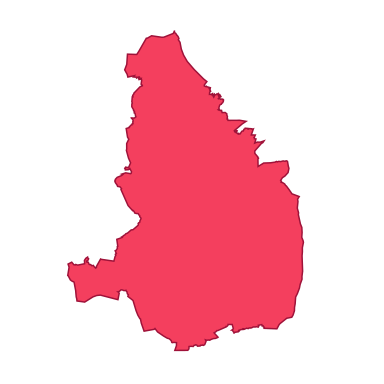 San Miguel de Allende, Guanajuato, Mexico, rotated 95°
{"feature_id": "50627088B14909927143163", "entity_name": "San Miguel de Allende", "entity_type": "district", "adm_level": 2, "iso_a3": "MEX", "parent_name": "Mexico", "parent_adm1": "Guanajuato", "projection": "robinson", "projection_center": [-100.76, 20.913], "detail": "fine", "context": "isolated", "style": "filled", "palette": "rose", "viewbox_px": 384, "rotation_deg": 95, "n_neighbors": 0, "source": "geoboundaries", "source_scale": "gbopen_adm2", "svg_char_len": 6029}
<svg xmlns="http://www.w3.org/2000/svg" viewBox="0 0 384 384"><g transform="rotate(95 192 192)"><path d="M274.6,309.2L277.6,307.9L286.0,308.5L286.3,308.0L290.2,305.5L291.5,303.3L291.7,302.1L292.2,301.6L300.3,299.3L306.6,298.2L308.5,297.5L310.6,297.1L311.0,289.3L305.1,281.5L303.4,277.9L302.7,274.3L305.7,256.4L299.3,255.7L298.2,256.4L297.9,257.0L297.6,256.0L295.6,254.1L295.7,252.6L296.2,251.1L295.7,249.2L296.3,249.1L296.9,248.2L299.1,247.5L299.8,246.5L301.6,246.8L305.2,241.3L315.0,237.4L319.4,235.2L322.7,232.9L322.9,232.3L327.0,231.1L334.8,227.6L332.1,217.7L331.2,217.0L334.4,214.1L338.0,207.7L339.8,203.9L340.2,201.8L341.9,199.7L343.6,199.0L343.8,198.6L343.4,196.9L343.4,194.3L346.4,194.1L351.3,195.3L350.1,182.4L348.6,181.4L346.2,181.5L345.8,179.3L345.8,177.3L344.5,176.5L344.4,175.7L343.9,175.1L344.1,173.9L345.1,173.1L344.7,170.5L344.0,170.2L343.8,168.6L343.5,168.2L343.8,167.2L342.9,166.0L339.6,165.0L338.1,165.7L338.4,164.5L338.0,162.5L338.1,161.3L337.6,160.9L336.2,158.0L335.8,155.8L334.7,153.7L334.4,153.4L330.4,157.7L329.0,155.9L327.9,155.2L327.9,154.4L323.4,146.2L323.0,146.3L322.9,145.6L322.3,145.0L321.1,144.3L320.8,144.4L320.5,140.4L324.3,139.0L325.2,139.3L326.1,140.3L326.1,139.8L327.8,138.5L328.0,138.1L328.8,137.9L328.7,137.5L328.0,137.0L327.2,133.6L326.5,133.0L326.4,133.6L325.8,133.5L324.7,131.1L324.7,130.1L323.7,129.4L323.7,128.9L324.4,129.1L324.4,128.4L322.9,125.6L323.2,124.1L322.4,123.2L322.5,122.1L322.1,121.5L322.2,120.9L321.1,119.2L320.9,116.9L320.6,116.4L320.8,114.2L319.7,113.8L319.0,114.3L318.0,110.9L319.3,110.5L319.1,109.5L320.2,109.1L320.4,108.3L321.5,108.3L320.9,95.5L316.4,93.6L315.3,92.7L309.5,86.6L308.1,81.7L305.8,80.6L301.4,79.6L297.9,79.8L294.4,79.5L287.6,79.6L284.1,78.2L278.4,76.6L274.6,76.2L269.3,74.8L266.4,75.1L261.3,74.9L246.0,76.8L242.0,76.8L237.9,77.2L232.4,76.6L230.8,77.1L227.6,78.7L222.7,78.8L217.7,79.5L214.4,81.2L205.2,84.1L203.5,84.0L198.9,85.7L192.3,85.6L189.9,86.2L187.2,84.8L185.1,92.3L181.3,95.4L177.8,98.5L177.3,99.4L175.9,100.4L174.9,102.3L174.5,104.1L173.6,103.8L172.8,104.7L169.9,103.2L168.0,100.8L164.3,98.0L160.0,97.5L157.9,98.3L153.3,99.5L152.7,100.3L152.9,101.4L153.3,101.9L153.1,103.9L154.0,106.4L153.9,108.2L154.6,109.7L154.2,110.6L155.0,111.8L156.1,116.5L156.9,123.1L160.8,128.4L153.5,129.2L152.5,128.7L151.8,129.5L151.4,129.4L148.0,132.8L145.6,133.0L137.7,127.2L136.6,125.7L134.8,124.7L136.4,128.4L136.6,131.4L137.8,133.8L133.6,132.9L133.5,134.5L132.8,134.5L132.2,135.0L131.8,134.6L129.7,133.9L130.0,137.9L123.9,136.4L124.3,137.2L124.2,137.7L123.8,137.8L123.8,140.2L124.0,141.0L124.4,141.2L124.3,141.9L123.8,141.8L123.8,144.6L124.5,144.8L125.0,145.7L126.7,146.2L126.9,147.3L127.4,147.8L129.9,149.1L130.3,150.6L130.3,150.9L129.5,150.8L129.6,151.9L129.1,153.1L127.1,152.4L127.0,152.9L127.8,153.2L127.5,154.3L128.5,154.1L128.3,154.7L127.2,155.2L119.8,147.9L116.9,144.3L116.4,150.5L117.5,162.4L115.6,163.1L115.8,163.4L113.5,163.3L112.5,164.0L111.1,164.1L109.9,165.9L110.3,168.9L108.1,169.7L108.4,170.8L108.2,171.5L107.7,171.6L107.6,172.3L108.0,172.6L107.8,173.0L107.3,172.0L107.3,172.6L106.3,172.3L106.0,172.6L103.1,172.0L102.4,171.3L102.0,170.4L101.2,170.2L100.5,169.3L99.1,168.7L97.5,168.6L97.1,168.9L97.3,169.5L96.7,170.1L97.1,171.7L96.4,172.6L96.9,173.6L96.8,173.8L96.3,173.2L95.5,173.3L95.5,172.8L94.6,171.6L93.4,173.2L93.9,173.5L94.0,173.9L93.0,174.4L93.2,172.4L92.5,172.9L92.2,174.0L91.8,174.3L92.5,174.5L92.0,175.6L93.1,176.8L93.2,177.8L92.4,178.3L93.1,179.0L94.3,178.9L94.5,178.2L95.6,178.6L93.4,180.1L92.2,180.2L92.6,180.8L93.4,181.2L93.0,182.4L93.2,183.1L90.9,183.1L90.1,182.2L89.2,182.6L89.0,183.1L87.8,182.9L87.6,183.5L87.3,183.0L86.5,182.8L85.8,186.5L85.4,186.9L85.8,187.3L85.3,189.0L84.2,189.0L80.7,186.8L78.3,190.4L69.9,200.4L62.4,208.1L56.4,212.3L50.6,215.1L43.9,217.0L41.5,218.9L40.3,218.4L38.7,219.2L37.3,220.3L37.2,220.7L35.4,222.0L34.6,223.5L32.7,223.4L35.7,224.5L40.2,233.5L40.5,235.4L39.9,245.9L42.7,250.0L42.8,250.9L56.6,257.3L59.8,259.0L60.3,268.3L70.5,268.1L76.2,269.7L80.5,266.8L83.1,265.9L81.1,259.5L82.5,260.4L82.5,256.8L83.1,256.9L82.3,255.6L83.6,255.0L83.2,254.5L82.2,255.1L82.0,254.4L82.7,254.0L83.7,254.8L84.6,254.6L84.4,254.0L83.8,253.6L83.3,252.4L84.3,252.5L84.4,252.1L85.2,251.9L88.9,252.1L89.3,252.0L89.9,250.9L90.5,250.7L91.8,253.0L98.6,258.5L99.4,258.5L100.9,259.5L102.1,259.2L102.0,259.6L102.2,259.8L107.3,259.8L108.7,259.2L109.5,259.6L112.3,259.4L115.6,257.1L116.1,257.3L116.9,256.3L118.2,256.5L118.6,255.6L121.6,254.7L122.0,254.4L123.4,255.9L123.5,258.9L123.8,258.8L124.8,257.4L125.7,257.0L126.5,256.8L127.0,257.1L129.0,256.8L129.0,257.2L129.5,257.7L130.3,257.7L130.4,258.3L132.7,260.2L132.9,260.0L133.3,260.2L134.5,263.1L143.0,261.0L144.9,259.6L149.4,261.3L154.9,260.8L156.2,261.0L163.8,258.2L168.3,255.7L172.8,257.2L173.3,258.9L172.9,260.1L174.3,261.1L174.9,260.7L174.9,260.4L175.8,260.3L175.3,257.3L174.7,256.3L174.5,256.7L174.0,256.0L177.1,254.0L178.8,254.3L179.1,254.7L178.7,259.7L180.3,263.5L180.6,262.4L181.7,263.5L183.9,267.8L186.1,269.5L186.6,269.3L187.5,269.8L188.0,269.8L188.5,269.3L189.2,269.3L191.4,267.4L192.9,266.6L193.1,264.2L194.9,262.5L195.7,263.0L211.1,254.5L215.7,249.6L215.4,249.4L215.7,248.8L216.9,247.7L217.9,247.3L218.3,245.5L218.2,243.7L219.5,242.9L220.0,242.1L221.2,241.9L222.4,240.6L223.1,240.5L225.4,241.4L226.3,241.3L226.9,241.6L227.2,242.3L228.0,242.9L228.5,242.6L229.9,242.8L234.7,247.5L235.1,249.3L238.7,252.8L239.3,254.2L240.6,255.2L241.5,256.6L242.4,257.1L242.8,257.9L243.1,257.4L243.4,257.6L243.4,258.1L244.0,258.9L245.7,262.8L252.6,261.2L253.0,261.7L254.7,261.4L257.1,262.8L257.3,263.4L259.5,262.2L259.5,262.4L260.6,262.5L260.8,262.9L261.8,262.4L263.0,263.0L267.7,263.8L267.0,276.4L266.7,277.2L274.7,280.8L275.4,280.6L276.2,281.3L275.2,282.7L273.7,283.9L274.2,285.3L273.1,286.7L273.2,287.7L273.0,288.2L271.0,289.2L271.1,290.5L270.9,290.7L270.0,290.9L269.2,289.8L267.8,289.2L267.4,289.2L266.6,290.3L266.0,290.4L267.3,292.0L269.5,293.2L272.8,292.7L274.8,299.5L274.3,301.5L274.8,301.8L274.8,303.3L272.4,305.7L274.6,309.2Z" fill="#f43f5e" stroke="#9f1239" stroke-width="1.5"/></g></svg>